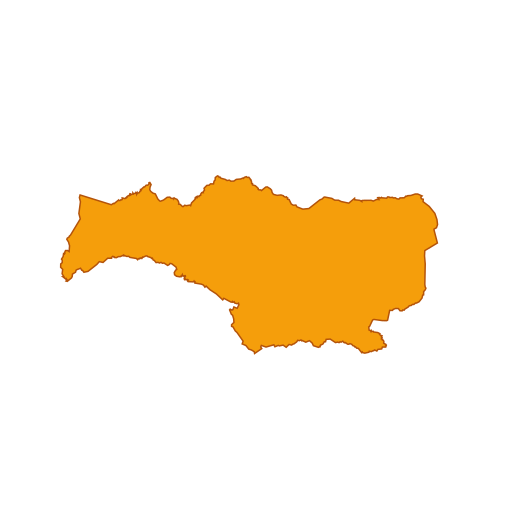 outline of Ogan Komering Ulu Timur, Sumatera Selatan, Indonesia, rotated 57°
{"feature_id": "22746128B29719145941035", "entity_name": "Ogan Komering Ulu Timur", "entity_type": "district", "adm_level": 2, "iso_a3": "IDN", "parent_name": "Indonesia", "parent_adm1": "Sumatera Selatan", "projection": "orthographic", "projection_center": [104.552, -4.106], "detail": "fine", "context": "isolated", "style": "filled", "palette": "amber", "viewbox_px": 512, "rotation_deg": 57, "n_neighbors": 0, "source": "geoboundaries", "source_scale": "gbopen_adm2", "svg_char_len": 6138}
<svg xmlns="http://www.w3.org/2000/svg" viewBox="0 0 512 512"><g transform="rotate(57 256 256)"><path d="M296.1,84.0L292.1,86.6L290.7,88.8L289.6,93.1L288.0,96.0L288.0,97.2L287.4,97.6L287.9,100.0L285.7,103.6L286.1,105.2L284.7,106.7L283.0,107.5L282.1,109.2L281.2,109.5L279.8,112.0L278.9,112.3L278.1,113.5L278.7,114.9L275.7,118.8L275.2,118.8L275.0,120.4L274.1,120.7L273.4,122.1L275.6,122.2L274.3,123.9L273.8,127.7L272.0,129.1L267.5,136.2L267.2,137.1L268.0,137.6L265.9,138.6L262.6,142.6L261.3,141.9L262.2,149.4L256.7,154.9L254.2,156.4L252.0,159.6L249.0,161.0L244.0,166.2L243.7,166.9L244.2,169.7L243.7,171.7L245.0,185.8L242.2,191.2L237.1,194.9L235.0,194.8L233.8,197.0L231.7,198.1L226.7,197.5L225.6,198.6L224.5,197.8L224.0,198.3L223.0,198.2L222.8,199.1L221.2,200.2L220.4,200.2L218.4,201.8L216.6,205.3L213.8,207.8L211.5,207.9L209.3,207.1L207.4,207.4L204.2,208.9L203.5,210.3L204.1,215.8L203.2,216.0L202.0,217.6L201.2,217.9L200.6,217.3L198.0,217.9L196.5,218.4L194.5,220.2L193.4,219.5L192.8,220.2L191.3,219.3L189.3,219.1L189.4,218.8L186.1,219.1L185.3,220.6L184.2,220.9L183.7,222.9L184.1,224.2L183.5,224.4L183.0,227.0L181.0,230.8L181.1,233.8L179.5,236.4L177.9,237.0L176.9,239.2L175.1,240.0L171.6,243.1L170.4,243.1L170.0,244.1L168.9,243.9L167.8,244.7L168.0,247.4L170.0,248.9L170.4,250.4L172.4,252.4L170.7,254.9L171.1,256.7L170.0,258.8L170.9,262.7L172.7,263.3L173.5,265.7L174.1,265.8L173.3,267.0L174.0,268.7L175.0,269.4L174.5,270.7L175.1,271.5L174.1,272.5L174.5,273.0L173.9,272.9L173.9,274.5L174.6,274.3L174.4,275.5L174.9,275.4L175.3,276.3L176.4,281.2L178.2,283.4L177.3,283.7L175.8,287.1L174.6,288.1L174.9,290.2L174.5,290.7L171.3,291.5L170.4,292.6L169.5,291.8L167.8,291.3L165.5,291.4L163.1,293.0L163.3,293.7L162.6,293.3L162.3,294.8L161.1,295.9L159.7,296.2L158.4,298.5L158.7,303.2L158.0,306.3L157.3,306.8L154.7,307.3L149.1,306.6L147.1,308.2L144.5,309.1L142.5,309.0L140.4,307.2L139.0,305.1L136.5,305.0L136.2,305.8L137.5,306.8L137.6,308.4L136.8,309.5L137.4,311.8L137.0,312.4L137.4,315.0L138.0,316.1L137.6,315.9L137.3,316.6L138.0,316.9L139.3,319.5L138.7,321.2L139.1,322.1L138.0,321.3L138.2,322.3L137.3,322.2L137.7,323.1L137.0,324.8L136.3,324.9L137.2,325.3L136.6,326.2L136.5,328.4L135.4,327.5L135.1,327.8L136.2,329.2L135.8,330.5L136.7,332.8L136.6,333.4L136.2,333.1L136.5,334.6L134.4,336.6L135.5,337.2L135.8,338.0L135.2,339.0L135.4,339.9L134.6,340.9L134.2,340.8L134.8,346.6L134.2,346.9L134.2,349.4L109.0,370.3L110.8,372.3L114.9,373.7L123.9,381.4L129.2,383.2L137.5,400.3L137.7,401.8L138.2,402.2L138.3,404.7L139.0,405.6L142.1,405.6L145.9,406.8L150.5,410.3L148.8,411.0L147.7,412.8L148.8,414.5L149.7,414.9L150.0,415.7L149.2,416.1L151.4,418.0L152.7,420.8L154.0,420.8L156.0,422.1L156.3,424.1L159.1,426.0L161.9,425.4L165.3,428.3L169.0,428.4L168.4,429.2L171.6,428.2L171.5,427.5L172.6,427.5L173.0,428.1L173.3,427.7L173.6,428.9L174.5,428.1L173.9,422.7L173.1,421.3L171.2,419.8L171.3,416.2L169.9,414.6L169.9,413.7L170.7,409.8L173.0,409.9L173.6,409.3L175.9,409.2L177.4,405.3L176.4,394.2L175.4,390.5L178.1,387.8L177.1,381.6L179.2,378.4L178.5,378.0L178.3,376.2L179.5,375.8L179.6,375.3L180.3,375.4L181.4,373.9L181.5,371.9L182.6,370.1L182.9,368.0L183.9,366.8L183.2,366.5L185.8,364.8L187.0,362.9L188.5,362.5L192.9,357.7L194.5,357.3L194.2,357.0L194.4,355.4L194.8,355.6L195.0,355.0L194.9,353.4L195.9,353.1L195.2,351.4L195.6,351.2L195.9,348.6L196.5,347.4L197.3,347.3L200.1,345.0L201.2,344.9L201.4,344.1L203.3,344.4L204.3,343.7L207.1,343.4L208.0,341.6L209.3,340.8L209.6,339.1L211.1,338.5L211.8,337.0L215.8,335.2L215.9,333.3L215.4,332.1L216.6,330.9L221.8,329.1L224.1,329.8L224.1,331.1L225.4,333.6L227.4,334.5L229.7,333.7L232.1,331.1L232.0,330.1L232.5,330.0L231.6,328.1L232.6,328.6L232.6,328.0L233.7,327.6L233.4,327.0L234.2,326.6L234.1,326.1L234.5,326.1L235.1,327.6L236.1,327.8L235.6,328.2L236.0,328.7L236.7,328.2L237.1,328.6L238.5,326.1L239.3,325.9L239.5,327.0L240.5,326.9L243.4,322.9L243.7,322.3L243.3,321.6L244.1,321.6L244.3,321.2L245.4,322.0L249.9,317.1L251.8,315.9L254.3,315.8L254.1,314.2L259.2,313.0L266.2,309.9L274.7,307.8L274.0,306.0L281.0,302.1L281.7,301.2L281.3,300.6L282.3,300.4L282.5,299.2L283.8,299.5L285.8,297.8L286.0,296.4L287.6,296.9L289.6,300.3L286.7,302.3L288.4,304.6L288.2,305.7L286.5,306.6L286.8,307.5L291.4,308.4L293.0,307.9L296.7,309.0L299.7,310.7L300.3,313.9L301.7,314.8L303.0,313.9L307.6,314.2L309.7,313.6L320.4,313.2L322.2,315.5L325.6,313.2L330.2,312.8L332.2,311.1L335.3,309.6L337.0,310.3L336.8,301.6L334.9,301.6L333.9,300.2L337.8,297.2L340.2,289.4L342.4,289.6L343.1,286.0L344.1,285.4L345.5,281.8L349.0,280.4L348.2,276.5L350.1,274.6L350.0,272.9L350.4,272.2L350.2,268.7L349.4,266.9L350.6,265.8L350.9,264.0L351.9,263.8L351.4,263.2L351.8,263.4L355.4,261.2L356.1,257.3L359.6,256.3L362.5,256.7L366.6,253.4L366.7,252.1L366.3,251.3L366.7,251.4L365.9,250.0L366.3,248.0L365.1,245.3L365.8,244.4L364.1,242.6L366.1,239.0L371.9,236.5L372.7,234.4L373.9,233.5L373.7,232.1L374.6,231.6L374.7,229.6L376.4,229.4L377.0,228.5L377.3,228.7L378.1,227.8L379.7,227.3L380.6,226.2L380.6,225.0L382.2,223.8L383.9,223.6L385.0,222.7L386.2,222.6L386.4,222.0L388.1,221.8L389.2,220.5L394.6,220.0L394.4,219.2L395.0,219.3L396.7,217.7L398.2,213.7L397.6,212.9L399.0,211.4L399.2,209.2L399.6,208.9L399.4,207.7L401.5,206.4L400.7,204.7L402.4,201.2L401.2,199.6L403.0,196.8L401.9,195.4L401.4,195.8L400.9,195.2L398.7,196.4L397.3,195.3L396.1,195.1L395.3,195.8L394.7,195.3L393.8,196.0L393.0,194.7L392.7,195.1L392.0,194.9L391.5,193.8L390.2,194.8L388.9,195.0L388.6,194.4L386.5,195.6L383.7,198.8L383.0,198.7L382.2,200.1L381.4,200.0L381.9,200.7L380.9,200.6L379.8,201.5L376.9,200.1L376.9,199.1L373.2,193.1L373.4,191.7L379.0,185.2L381.4,181.6L381.5,180.6L374.4,173.5L376.0,171.1L375.5,170.1L376.0,167.6L377.6,165.2L380.3,165.1L381.6,163.3L381.2,162.3L382.1,161.2L381.6,160.1L381.7,156.2L381.2,154.5L382.0,152.8L381.8,151.2L382.6,150.0L382.3,148.0L382.9,147.0L383.2,144.1L381.7,139.7L379.6,137.5L379.9,136.6L377.2,134.8L376.5,132.4L375.5,131.0L374.2,131.0L371.8,129.9L354.8,118.4L347.7,114.6L343.4,111.5L343.9,96.8L331.1,92.5L330.4,92.0L330.6,89.3L328.5,86.6L324.0,84.4L317.7,82.8L308.8,83.7L301.4,86.3L299.5,84.8L298.1,86.1L296.4,85.7L296.1,84.0Z" fill="#f59e0b" stroke="#b45309" stroke-width="1.5"/></g></svg>